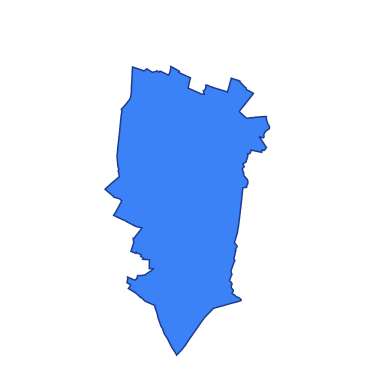 outline of Movileni, Iasi, Romania, rotated 63°
{"feature_id": "2599482B3675832994894", "entity_name": "Movileni", "entity_type": "district", "adm_level": 2, "iso_a3": "ROU", "parent_name": "Romania", "parent_adm1": "Iasi", "projection": "equal_earth", "projection_center": [27.37, 47.318], "detail": "fine", "context": "isolated", "style": "filled", "palette": "blue", "viewbox_px": 384, "rotation_deg": 63, "n_neighbors": 0, "source": "geoboundaries", "source_scale": "gbopen_adm2", "svg_char_len": 5940}
<svg xmlns="http://www.w3.org/2000/svg" viewBox="0 0 384 384"><g transform="rotate(63 192 192)"><path d="M186.2,105.5L184.7,105.7L176.4,106.5L173.7,107.1L173.6,106.8L173.7,106.6L173.8,106.4L174.2,105.8L175.2,105.0L176.0,104.2L176.1,103.9L176.1,103.6L176.1,103.4L175.8,103.0L175.3,102.7L173.4,101.9L172.8,101.3L171.4,98.8L171.1,97.8L171.0,96.7L170.9,95.4L170.6,94.3L169.7,93.7L169.1,93.3L168.2,93.2L167.6,93.2L166.7,93.6L165.9,93.5L164.8,93.2L163.1,93.2L162.3,93.0L159.7,92.2L158.5,91.5L157.7,93.1L157.3,94.2L156.1,96.8L155.8,97.7L155.2,99.2L154.2,101.5L153.9,102.6L153.5,103.6L152.8,105.2L152.2,106.9L152.0,107.3L151.9,107.8L151.8,108.3L151.6,108.9L151.4,109.2L150.7,109.9L150.3,110.2L142.6,113.2L141.5,113.0L136.9,103.0L136.5,102.1L136.0,101.1L134.6,97.9L132.4,93.2L132.0,92.5L128.0,95.1L127.4,95.7L127.1,95.9L126.5,96.3L125.6,96.9L125.3,96.9L124.9,96.9L124.0,96.6L123.7,96.6L120.8,97.9L120.3,98.0L119.2,98.1L118.7,98.4L118.1,98.7L117.5,98.7L116.6,98.9L115.3,99.3L115.0,99.0L114.2,99.5L109.8,104.0L109.1,104.7L108.5,105.2L108.4,105.3L109.2,106.0L116.2,112.4L119.0,115.0L118.2,115.7L117.3,116.7L116.0,117.9L114.0,120.1L112.8,121.3L109.2,125.1L107.5,126.6L106.5,127.7L106.1,128.1L104.2,129.4L103.6,130.2L103.4,130.4L103.3,130.9L103.1,131.3L104.5,131.9L105.4,132.3L105.6,132.4L105.8,132.6L106.8,134.4L107.0,134.9L107.0,135.3L107.0,136.0L110.5,136.8L109.1,139.0L97.7,148.3L93.6,145.0L90.6,142.5L89.5,141.5L86.8,143.8L84.2,145.8L79.6,149.5L78.7,148.4L76.3,150.0L73.8,151.6L70.6,153.9L71.2,154.1L71.4,154.4L74.1,156.2L74.4,156.6L74.6,156.7L75.4,157.5L76.7,159.1L77.2,159.9L73.8,162.4L71.5,164.2L70.4,164.9L70.3,165.4L70.2,165.6L69.9,165.8L70.0,165.9L69.9,166.1L69.9,166.4L70.0,166.7L70.2,167.1L68.1,168.3L68.1,168.7L68.1,169.7L68.0,170.5L67.8,171.4L67.2,173.1L61.7,176.4L62.4,179.7L60.2,181.7L55.9,186.0L53.6,188.2L59.6,191.7L66.3,195.5L68.0,196.6L69.3,197.4L72.7,199.2L75.6,200.8L76.8,201.6L79.0,203.2L79.5,203.5L79.9,203.7L80.0,204.0L80.6,204.8L81.0,205.4L81.5,206.1L82.4,208.2L83.0,209.3L83.6,210.6L85.4,215.2L85.9,216.7L86.1,217.3L86.4,217.5L87.6,217.5L88.1,217.8L88.6,218.1L90.9,219.8L92.8,221.1L107.5,230.5L120.2,238.9L123.4,240.8L125.7,242.4L135.1,246.3L135.6,246.3L136.7,246.7L138.1,246.8L138.7,247.0L139.0,247.1L139.2,247.3L139.5,248.1L139.8,248.3L140.9,248.5L141.8,248.7L144.6,249.5L145.3,249.7L146.2,253.0L146.9,256.4L148.0,260.9L148.2,261.4L148.8,263.9L149.5,266.4L150.0,268.2L150.8,268.0L156.1,265.7L156.8,265.3L158.4,264.8L158.7,264.6L159.8,264.1L160.4,264.2L160.6,264.2L161.2,263.9L161.9,263.1L162.1,262.8L162.8,262.2L163.7,261.2L164.2,260.7L165.0,259.8L165.6,259.4L165.9,259.3L166.2,259.2L167.0,259.0L167.6,258.9L168.0,258.6L170.3,261.9L175.2,269.0L177.2,272.5L184.6,266.8L185.1,266.3L186.1,265.5L187.3,264.5L188.6,263.8L196.9,257.9L197.3,257.5L197.9,257.0L198.3,256.3L199.2,255.4L201.2,252.8L201.4,253.2L202.0,254.2L202.3,254.6L202.3,254.9L202.9,256.1L203.5,257.4L206.4,263.7L206.9,264.0L206.8,264.4L206.5,265.5L209.1,266.3L210.4,266.9L210.8,267.0L217.2,273.4L221.4,269.7L221.3,269.4L220.6,268.9L225.0,265.8L225.5,266.2L225.8,266.6L225.9,266.9L229.3,265.4L229.7,266.3L233.0,260.7L240.9,264.9L242.6,261.4L242.7,261.7L243.3,262.8L243.6,263.6L243.7,264.4L243.8,266.4L244.0,267.3L244.3,269.8L244.5,270.9L244.3,271.9L244.1,273.0L244.0,273.5L243.8,273.8L243.7,274.4L242.4,277.1L242.0,277.8L241.9,278.3L242.0,278.6L242.2,278.9L243.0,279.5L244.1,280.4L244.6,283.0L238.5,288.1L238.8,288.3L240.3,288.6L240.5,288.9L243.3,291.1L246.6,288.9L246.8,288.8L247.0,288.9L247.2,289.2L247.7,289.8L248.2,290.6L248.8,291.8L249.1,292.5L255.2,288.8L255.1,288.7L257.9,287.4L262.6,285.7L262.4,285.3L267.9,283.4L276.3,276.6L277.9,277.3L278.7,277.5L283.0,278.0L286.5,278.7L287.9,279.1L288.2,279.3L297.2,280.5L298.4,280.5L299.9,280.3L300.1,280.2L300.5,280.3L305.0,281.0L305.8,281.0L307.5,280.9L311.6,280.4L312.3,280.4L314.5,280.5L320.7,280.5L322.7,280.4L324.9,280.1L328.1,279.8L329.8,279.7L330.3,279.8L330.0,278.7L329.5,277.1L328.6,274.6L328.3,274.0L327.9,272.8L327.5,271.7L327.1,271.0L326.7,270.2L326.4,269.5L325.7,267.8L322.3,261.9L310.8,240.3L310.1,239.0L309.5,237.7L308.0,233.3L305.4,225.6L307.2,216.9L309.1,207.0L309.7,204.6L310.0,203.2L310.6,200.3L311.0,197.5L310.7,197.2L310.2,197.2L309.4,197.3L308.8,197.6L307.8,198.0L306.9,198.6L305.7,199.8L305.1,200.2L304.4,200.4L303.1,200.9L302.7,201.1L301.0,202.2L300.6,202.3L300.4,202.3L300.1,202.1L299.8,201.7L299.2,200.5L299.0,200.3L298.7,200.0L298.4,199.9L297.9,199.8L297.4,199.9L296.0,200.4L295.5,200.4L295.0,200.3L294.5,200.2L293.6,199.6L293.2,199.2L292.9,198.7L292.6,198.5L292.2,198.2L291.8,198.0L291.3,198.0L290.9,198.0L290.2,198.1L289.6,198.3L288.5,198.8L288.2,198.8L287.8,198.7L287.5,198.5L287.1,198.0L286.6,197.4L286.3,197.0L285.5,196.3L285.1,195.9L284.6,195.2L284.3,194.6L283.8,194.1L283.5,193.9L283.0,193.7L281.5,193.5L280.3,193.2L279.5,192.7L278.9,192.0L278.2,191.2L273.2,186.0L272.6,185.1L272.4,184.8L270.9,185.3L266.2,181.4L265.4,180.7L264.7,180.1L264.6,179.9L264.4,179.6L263.2,179.7L263.0,179.4L262.5,178.6L262.0,177.9L261.0,176.5L259.9,176.4L257.7,177.0L257.3,177.0L256.6,177.2L256.4,177.2L249.5,170.6L249.0,170.1L246.1,168.1L244.1,166.5L234.5,160.0L223.1,152.4L211.5,144.9L211.5,144.4L211.8,143.1L212.3,142.4L212.5,142.0L212.5,141.6L212.4,141.0L211.3,140.3L211.0,140.0L210.5,139.5L210.2,138.7L209.4,138.3L209.1,138.2L208.8,138.0L208.2,137.4L207.2,137.3L206.7,137.1L206.3,137.1L205.2,137.2L203.4,137.7L202.3,138.0L201.6,138.2L201.2,138.3L200.9,138.3L200.2,138.1L199.3,137.8L198.3,137.2L197.9,137.2L197.2,137.2L194.6,136.8L194.4,136.7L194.0,136.3L193.6,135.6L193.6,135.1L193.4,134.4L193.3,134.2L193.1,134.1L192.9,134.0L191.6,133.8L190.1,133.9L189.8,130.3L189.7,130.2L188.3,129.0L187.6,128.1L186.5,127.0L186.0,126.5L184.3,125.5L183.3,125.2L183.7,124.2L183.9,123.5L183.9,123.1L183.8,122.6L183.4,122.1L182.4,121.0L181.5,120.3L188.3,111.9L187.5,111.3L186.5,110.3L187.2,109.5L187.6,109.1L187.7,108.8L187.7,108.6L187.6,108.3L186.2,105.5Z" fill="#3b82f6" stroke="#1e3a8a" stroke-width="1.5"/></g></svg>